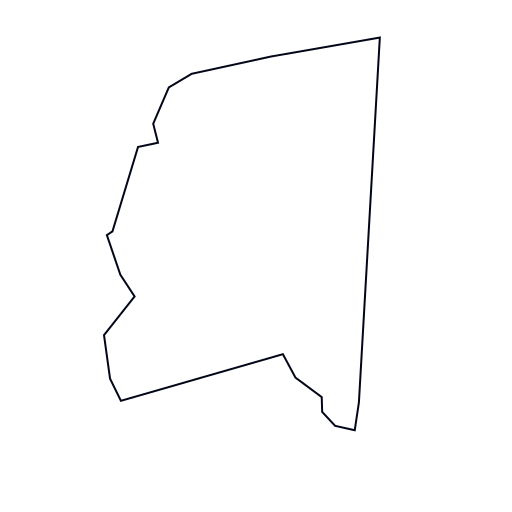 Nottoway, Virginia, United States of America (Mercator projection), rotated 77°
{"feature_id": "52423323B59431462961451", "entity_name": "Nottoway", "entity_type": "district", "adm_level": 2, "iso_a3": "USA", "parent_name": "United States of America", "parent_adm1": "Virginia", "projection": "mercator", "projection_center": [-78.009, 37.14], "detail": "fine", "context": "isolated", "style": "outline", "palette": "ink", "viewbox_px": 512, "rotation_deg": 77, "n_neighbors": 0, "source": "geoboundaries", "source_scale": "gbopen_adm2", "svg_char_len": 424}
<svg xmlns="http://www.w3.org/2000/svg" viewBox="0 0 512 512"><g transform="rotate(77 256 256)"><path d="M366.7,420.2L357.7,251.9L383.4,244.9L408.3,223.7L422.8,226.6L439.3,217.1L448.0,199.0L421.9,188.7L71.0,86.2L65.0,196.5L64.0,277.7L72.1,303.0L104.0,326.4L123.6,326.0L123.2,346.4L199.7,390.3L202.1,396.6L243.7,392.4L268.1,383.4L298.9,421.9L342.7,425.8L366.7,420.2Z" fill="none" stroke="#020617" stroke-width="2"/></g></svg>